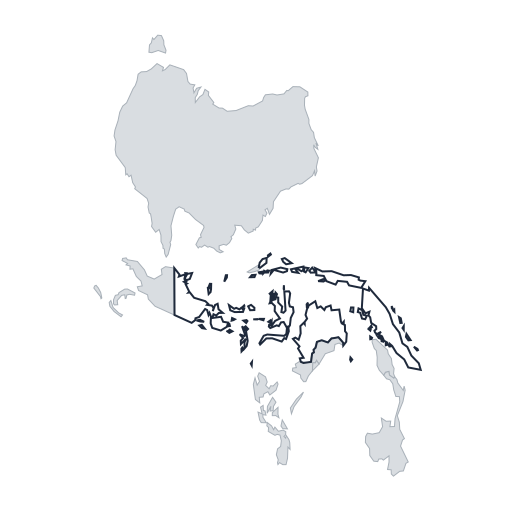 Indonesia highlighted, Equal Earth projection, rotated 179°
{"feature_id": "IDN", "entity_name": "Indonesia", "entity_type": "country or territory", "adm_level": 0, "iso_a3": "IDN", "parent_name": "Asia", "parent_adm1": "", "projection": "equal_earth", "projection_center": [119.503, -2.501], "detail": "fine", "context": "with_neighbors", "style": "outline", "palette": "slate", "viewbox_px": 512, "rotation_deg": 179, "n_neighbors": 7, "source": "natural_earth", "source_scale": "50m", "svg_char_len": 12153}
<svg xmlns="http://www.w3.org/2000/svg" viewBox="0 0 512 512"><g transform="rotate(179 256 256)"><path d="M338.6,198.4L357.8,207.5L364.4,214.8L365.1,219.1L374.0,223.5L375.2,227.3L370.3,228.1L371.4,232.9L376.0,237.6L379.3,245.3L382.3,245.0L382.0,248.2L386.1,249.4L384.5,250.8L390.0,253.8L389.4,255.9L385.8,256.4L384.6,254.5L374.7,252.6L367.8,244.1L365.1,237.8L358.2,234.7L350.3,239.1L350.9,244.4L346.7,246.9L338.2,245.4L338.6,198.4ZM398.9,203.0L403.0,208.3L403.6,212.1L401.9,214.0L399.8,207.0L394.3,201.5L390.5,199.4L392.0,197.6L398.9,203.0ZM393.6,221.8L387.8,225.2L385.0,225.2L377.6,221.1L378.1,218.9L382.9,219.9L385.8,219.3L386.7,215.9L387.5,215.7L387.9,219.5L391.0,219.0L395.6,213.9L395.1,209.7L398.3,209.5L399.3,210.7L399.2,214.7L397.3,219.1L394.5,219.7L393.6,221.8ZM412.2,218.1L418.7,226.8L417.9,228.8L416.4,229.5L414.2,226.8L411.9,222.2L410.9,216.7L411.7,216.0L412.2,218.1Z" fill="#d9dde1" stroke="#a8b0b8" stroke-width="1"/><path d="M252.5,243.7L253.1,242.0L257.7,240.4L263.1,239.3L265.1,240.2L253.1,247.3L252.5,243.7Z" fill="#d9dde1" stroke="#a8b0b8" stroke-width="1"/><path d="M147.7,76.9L142.8,75.9L135.9,77.2L132.4,83.1L133.5,91.8L128.8,88.5L124.2,88.6L125.1,83.0L120.5,83.1L119.8,90.9L114.8,107.7L115.1,112.9L118.6,113.1L120.6,119.7L121.5,125.9L124.4,130.0L127.6,130.9L130.4,134.6L128.6,137.6L125.0,138.4L124.6,134.7L120.3,131.6L119.4,132.8L117.3,130.1L116.4,126.5L111.1,119.0L110.2,123.3L109.2,119.3L111.6,107.9L117.5,93.9L115.6,87.3L115.3,80.1L110.8,70.8L112.7,69.5L114.8,63.4L107.4,47.4L109.7,46.1L112.4,38.5L116.1,38.2L122.4,33.5L124.5,35.7L124.6,39.9L128.2,40.2L126.6,47.6L126.5,53.9L132.2,49.7L133.7,51.0L136.8,50.8L137.9,48.3L141.8,48.8L145.7,54.5L145.8,61.5L149.9,67.7L149.5,73.7L147.7,76.9Z" fill="#d9dde1" stroke="#a8b0b8" stroke-width="1"/><path d="M356.7,461.1L359.5,461.6L358.8,468.9L356.9,471.0L355.7,475.9L354.3,474.2L350.4,478.5L346.7,478.0L344.5,472.8L344.4,468.7L342.4,463.3L342.9,460.5L350.2,463.2L356.7,461.1ZM256.3,406.0L246.7,410.9L245.6,414.3L243.8,417.0L236.5,417.7L232.2,416.6L225.2,417.6L222.3,421.0L220.9,420.7L216.1,424.7L209.2,424.4L201.3,419.0L201.3,415.3L203.8,414.4L204.6,412.9L204.9,405.9L204.3,402.0L200.7,391.5L200.8,387.6L198.6,381.3L196.3,378.6L195.6,373.3L191.8,365.0L194.1,367.9L192.3,361.6L194.9,363.6L196.4,366.2L196.3,362.7L191.9,353.1L194.1,344.0L193.5,339.9L195.5,334.9L196.0,340.2L198.1,335.4L208.8,327.6L211.1,327.0L212.6,327.9L219.8,324.5L222.0,322.3L224.9,322.5L230.4,320.4L237.6,310.0L238.1,303.4L241.8,297.4L243.9,303.5L246.2,302.0L244.3,298.7L246.0,295.3L248.3,296.8L249.0,291.4L253.2,285.1L255.9,283.9L256.0,281.9L258.3,282.8L258.4,281.0L263.3,279.0L267.2,282.3L270.1,286.5L276.7,287.2L275.7,283.3L278.3,277.6L280.7,275.7L279.9,273.9L282.3,269.8L285.5,267.3L288.2,268.2L292.7,266.8L292.7,263.2L288.8,260.8L291.7,259.8L295.2,261.6L298.0,264.5L302.4,266.3L303.9,265.6L307.2,267.8L310.3,265.7L312.3,266.4L313.6,265.0L315.9,268.5L312.3,275.2L310.5,275.5L311.1,278.3L307.5,285.4L307.8,287.4L315.9,293.6L322.2,300.2L326.3,302.0L327.0,304.2L332.0,306.6L335.5,304.2L337.9,297.2L340.5,287.7L339.9,278.1L340.8,272.8L341.8,271.3L341.1,268.9L343.8,259.2L345.8,256.5L347.2,260.0L347.5,264.5L348.8,265.3L348.9,268.3L350.7,272.0L350.7,278.6L352.4,284.2L355.9,281.5L359.9,287.3L359.3,290.4L360.1,296.5L360.7,300.0L362.0,300.9L363.1,306.9L362.4,310.6L363.9,315.4L376.1,325.4L375.3,327.1L378.0,331.5L379.5,339.0L381.6,337.5L383.5,340.5L384.8,339.4L385.2,346.7L394.1,359.2L395.0,364.7L394.0,372.8L395.8,378.5L394.8,384.5L391.6,393.6L389.7,402.2L386.7,408.2L382.7,411.4L376.0,425.4L373.7,428.6L371.9,433.4L370.7,439.8L367.6,442.1L362.2,442.3L357.4,444.9L351.6,450.1L345.2,446.2L346.3,442.8L343.6,444.0L338.8,448.6L325.1,443.6L322.3,439.7L321.0,431.6L318.8,429.0L314.2,428.2L316.0,425.1L315.2,420.2L312.5,424.7L308.1,425.9L310.9,422.3L311.9,418.6L314.0,415.4L314.0,410.5L309.6,416.1L306.3,418.3L304.1,423.5L300.4,420.8L300.8,417.4L295.5,410.2L296.6,408.6L290.4,404.6L286.9,404.4L282.3,401.2L273.3,401.8L261.1,406.4L256.3,406.0Z" fill="#d9dde1" stroke="#a8b0b8" stroke-width="1"/><path d="M232.6,91.6L227.6,82.6L232.2,82.9L234.0,85.5L232.6,91.6ZM238.6,109.5L241.1,105.5L241.6,101.1L244.6,100.7L243.7,105.5L247.6,98.6L247.2,105.4L241.9,114.4L238.6,109.5ZM259.1,112.5L260.9,127.6L259.1,134.2L257.1,126.9L254.7,130.5L256.4,135.8L254.9,139.2L248.6,135.0L247.0,129.8L248.6,126.4L245.2,123.0L243.6,126.0L241.1,125.7L237.1,129.7L236.2,127.6L238.3,121.5L244.6,116.8L246.5,120.1L250.5,118.1L251.4,114.9L255.2,114.7L254.8,109.1L259.1,112.5ZM218.0,112.3L210.9,119.1L213.5,114.1L220.6,104.7L223.3,97.6L224.3,103.4L218.0,112.3ZM238.1,48.9L237.3,51.8L239.1,56.9L237.8,62.8L234.7,65.1L233.9,70.8L235.1,76.5L237.9,77.3L240.2,76.4L246.8,80.4L246.4,84.3L248.1,86.0L247.6,89.3L243.4,85.8L241.4,82.0L240.1,84.6L236.7,80.4L231.9,81.4L229.3,79.8L229.5,76.9L231.2,75.1L229.6,73.4L228.9,76.0L226.3,71.9L225.5,68.8L225.3,62.0L227.4,64.4L228.0,53.3L229.6,46.9L232.8,46.9L236.1,49.0L237.7,47.1L238.1,48.9ZM236.8,97.3L235.9,93.9L239.1,96.1L242.5,96.1L242.4,99.1L236.6,104.3L236.8,97.3ZM255.2,91.9L256.7,99.9L252.6,98.0L254.1,104.8L251.5,106.5L251.3,101.4L249.7,101.0L248.8,96.7L251.9,97.3L251.9,94.6L248.6,89.1L253.7,89.3L255.2,91.9Z" fill="#d9dde1" stroke="#a8b0b8" stroke-width="1"/><path d="M119.4,132.8L120.3,131.6L124.6,134.7L125.0,138.4L128.6,137.6L130.4,134.6L134.7,139.6L136.9,144.5L136.6,152.6L137.4,159.4L139.3,161.4L141.4,167.8L141.3,170.2L137.5,170.7L126.1,159.6L125.5,155.9L122.4,151.1L121.8,145.1L119.9,141.2L120.5,135.9L119.4,132.8ZM214.6,149.6L203.8,148.4L201.9,156.6L199.9,159.2L197.1,169.2L192.7,170.7L187.6,168.7L185.1,169.4L181.9,173.0L178.5,172.5L175.0,174.0L171.4,169.9L170.5,165.0L174.4,167.5L178.6,166.2L179.7,160.0L188.4,157.1L194.9,146.8L197.3,150.6L198.5,148.1L201.0,148.3L201.6,140.2L205.7,135.2L208.4,129.5L210.6,129.5L213.3,133.2L213.6,136.3L221.6,140.5L221.2,143.3L217.6,143.7L218.6,147.2L214.6,149.6Z" fill="#d9dde1" stroke="#a8b0b8" stroke-width="1"/><path d="M201.6,140.2L201.0,148.3L198.5,148.1L197.3,150.6L194.9,146.8L201.6,140.2Z" fill="#d9dde1" stroke="#a8b0b8" stroke-width="1"/><path d="M170.3,164.9L170.4,167.9L175.0,173.3L182.0,172.2L185.6,168.3L191.7,170.6L196.5,169.1L198.0,163.3L200.1,161.3L199.8,158.6L201.6,157.6L202.8,149.2L210.4,148.2L213.0,149.4L214.0,152.9L210.2,153.4L215.6,162.8L214.1,164.9L220.5,172.5L218.1,173.7L214.8,171.6L212.7,177.8L212.9,185.1L209.4,188.4L208.5,187.1L208.5,189.2L206.0,192.5L207.5,196.2L205.9,202.2L204.8,203.8L204.3,205.5L197.5,209.7L195.6,202.9L192.2,204.5L188.6,200.8L187.1,203.6L182.3,205.2L181.4,200.4L173.7,201.0L172.2,188.8L171.1,186.9L168.3,185.4L168.3,179.3L166.6,177.0L167.3,168.7L170.3,164.9ZM93.3,139.3L105.7,141.9L109.6,150.0L117.2,156.5L121.4,163.7L123.4,165.5L123.1,163.3L124.2,163.2L126.5,167.3L129.5,169.1L131.4,173.5L134.9,175.4L132.3,178.0L136.5,175.8L138.3,177.5L138.9,179.2L137.0,180.9L137.1,183.7L142.0,187.1L142.9,192.7L144.6,194.7L143.6,198.3L147.6,196.8L151.1,202.0L149.6,221.6L143.7,219.4L143.5,222.2L127.1,202.5L123.4,195.8L120.3,185.5L114.1,177.0L111.1,166.1L106.3,162.5L102.4,153.7L95.1,145.9L93.3,139.3ZM338.5,198.4L337.9,245.4L332.8,238.7L333.5,236.8L326.9,239.0L328.0,234.3L326.2,231.9L326.9,231.6L327.9,231.8L328.5,231.5L325.5,229.7L326.9,229.1L323.4,221.5L324.2,220.6L322.8,220.8L318.6,215.3L307.4,211.7L304.7,209.0L305.8,208.0L300.9,207.2L299.3,204.7L300.2,201.6L297.8,207.7L295.2,208.9L294.4,203.4L290.2,199.7L294.2,199.7L296.8,197.2L299.5,198.5L300.7,194.8L292.0,195.8L290.0,190.8L285.0,189.9L286.4,185.7L292.5,182.1L301.0,184.9L302.5,189.4L302.1,196.3L303.5,200.0L304.5,197.9L305.8,202.8L307.8,203.9L313.9,196.0L317.6,194.8L317.9,192.9L321.5,190.3L338.5,198.4ZM254.1,168.7L249.7,176.1L246.1,177.3L229.1,175.7L227.0,177.6L226.3,183.6L229.5,189.5L232.1,189.2L234.4,185.5L236.5,186.3L243.0,183.7L244.4,185.2L244.1,186.8L241.5,186.1L238.0,190.8L233.2,193.1L238.3,200.6L238.0,205.7L241.2,208.9L241.4,211.3L237.3,212.4L236.9,214.5L234.5,214.0L234.6,209.1L230.7,205.0L231.6,199.5L229.5,198.8L227.4,200.9L228.3,220.0L223.6,220.1L222.5,218.0L223.9,208.7L223.1,205.0L219.9,204.1L219.4,199.2L222.3,193.5L223.3,186.1L224.4,184.5L225.1,185.8L224.5,180.2L227.4,172.5L229.2,173.4L231.8,170.0L241.2,173.4L247.1,173.4L253.4,167.4L254.1,168.7ZM151.4,222.3L163.5,225.0L165.4,228.6L174.7,229.7L176.9,226.0L186.0,229.6L188.6,234.9L196.1,235.8L196.0,240.2L197.0,242.9L189.9,239.4L180.6,239.5L168.7,235.2L161.4,235.3L153.5,232.8L153.8,230.5L152.1,229.6L147.1,228.9L151.4,222.3ZM267.5,173.4L272.6,168.2L272.7,171.6L270.3,174.2L273.7,178.0L268.8,176.1L268.3,177.4L271.2,186.0L267.3,181.3L265.8,171.3L266.9,166.2L269.1,163.7L269.0,169.9L267.5,173.4ZM278.3,200.3L282.7,202.2L283.9,207.4L278.8,203.6L276.7,204.5L273.5,202.9L271.6,204.5L269.6,202.4L268.3,204.8L270.0,200.3L278.3,200.3ZM240.8,241.7L231.5,244.0L224.9,242.3L225.3,240.3L229.2,239.0L238.4,241.8L241.5,238.1L240.8,241.7ZM214.0,238.4L220.2,239.5L221.3,242.1L208.8,244.6L209.1,241.1L210.8,240.0L215.1,242.6L216.5,241.6L214.0,238.4ZM252.2,244.1L253.4,244.8L252.4,249.3L249.5,252.8L245.4,253.9L245.7,248.9L252.2,244.1ZM151.1,191.6L152.8,197.4L155.2,198.2L154.4,201.8L150.8,200.0L149.7,195.3L146.2,194.3L147.9,190.9L151.1,191.6ZM325.0,239.3L320.2,240.1L322.6,234.2L326.3,232.9L327.5,235.1L325.0,239.3ZM226.0,247.2L228.9,249.7L230.2,252.5L227.3,253.4L220.4,248.2L226.0,247.2ZM262.8,201.9L264.7,205.8L261.8,207.2L258.5,204.3L258.6,202.0L262.8,201.9ZM201.6,238.4L203.0,240.2L200.0,243.4L196.4,238.5L201.6,238.4ZM208.4,239.7L207.7,243.7L203.8,243.0L206.7,238.8L208.4,239.7ZM162.7,199.1L161.9,202.9L159.5,202.8L159.8,198.1L162.7,199.1ZM304.0,218.8L304.7,225.0L303.3,225.3L301.7,223.4L302.0,220.8L304.0,218.8ZM194.3,229.8L189.2,231.7L187.0,230.6L188.9,229.3L194.3,229.8ZM242.4,211.3L241.9,216.7L243.0,218.1L240.1,220.5L241.3,212.9L242.4,211.3ZM105.1,169.0L107.5,172.5L106.9,175.5L102.9,169.2L105.1,169.0ZM114.1,192.4L112.3,191.2L111.5,186.6L112.9,186.5L114.1,192.4ZM286.5,237.3L285.3,237.3L285.5,235.0L288.2,230.9L286.5,237.3ZM284.0,179.6L286.8,181.7L283.0,180.2L284.5,182.0L283.7,182.8L280.9,181.1L284.0,179.6ZM249.7,191.6L254.5,193.1L249.2,193.0L249.7,191.6ZM240.1,217.6L238.2,218.0L238.7,214.0L240.4,212.9L240.1,217.6ZM308.5,184.3L311.3,184.8L313.9,187.5L311.4,188.1L308.5,184.3ZM262.3,234.9L260.5,237.0L256.9,237.2L257.9,234.9L262.3,234.9ZM303.8,226.1L302.6,229.0L301.3,228.9L301.5,224.3L303.8,226.1ZM269.7,191.6L266.6,192.1L265.7,191.1L267.0,189.2L269.7,191.6ZM309.0,191.1L312.9,191.5L316.6,192.6L313.1,193.2L309.0,191.1ZM241.6,188.1L244.8,190.0L243.0,191.2L242.9,189.0L241.5,191.0L241.6,188.1ZM271.3,164.7L270.1,162.9L272.1,160.8L272.2,163.5L271.3,164.7ZM250.4,238.3L252.9,238.6L253.4,239.7L249.3,240.3L250.4,238.3ZM281.5,191.8L281.0,194.4L278.2,193.1L279.6,192.3L281.5,191.8ZM206.2,206.8L204.8,208.5L206.0,203.1L206.2,206.8ZM266.6,181.9L268.3,185.4L267.6,185.9L265.2,183.2L266.6,181.9ZM99.7,162.5L96.2,160.3L95.7,159.1L96.6,158.7L99.7,162.5ZM163.3,152.9L161.6,150.8L163.0,149.1L163.7,150.7L163.3,152.9ZM285.0,189.1L283.8,188.6L283.3,186.5L285.2,186.2L285.0,189.1ZM134.7,173.3L132.0,173.4L132.1,171.7L134.7,173.3ZM127.8,164.5L127.8,166.6L126.7,167.0L126.2,164.9L127.8,164.5ZM246.9,239.3L244.9,241.4L243.2,241.1L244.1,239.3L246.9,239.3ZM241.6,258.2L241.1,257.2L243.9,255.1L244.1,256.4L241.6,258.2ZM255.6,192.6L259.9,192.7L254.9,192.9L255.6,192.6ZM143.2,170.8L143.2,173.5L141.4,172.2L142.0,171.0L143.2,170.8ZM170.9,187.1L169.4,188.8L169.5,186.7L170.9,187.1ZM121.1,201.3L121.2,203.6L119.7,199.7L121.1,201.3ZM143.0,179.4L145.5,181.6L142.5,180.9L143.0,179.4ZM236.9,218.9L235.7,217.5L236.2,216.2L236.9,216.8L236.9,218.9ZM110.8,181.4L109.5,183.4L109.6,179.6L110.8,181.4ZM131.6,172.4L130.8,171.8L130.7,169.4L131.7,170.6L131.6,172.4ZM263.1,148.5L261.9,150.1L262.2,146.7L263.1,148.5ZM248.6,238.8L248.1,241.1L246.9,240.5L248.6,238.8ZM131.9,168.6L132.0,169.9L129.5,167.9L131.9,168.6ZM141.5,182.9L143.2,182.9L142.0,184.3L141.5,182.9ZM135.6,173.3L133.1,171.9L133.2,171.2L134.7,171.8L135.6,173.3ZM243.2,208.5L242.5,210.1L241.9,208.7L243.2,208.5ZM270.6,205.0L268.7,206.8L268.5,206.3L270.6,205.0ZM326.9,240.1L325.3,240.0L325.1,239.5L326.4,238.6L326.9,240.1ZM228.9,222.7L228.6,226.3L228.5,221.3L228.9,222.7ZM119.7,198.9L118.7,199.9L118.6,197.8L119.7,198.9Z" fill="none" stroke="#1e293b" stroke-width="2"/></g></svg>